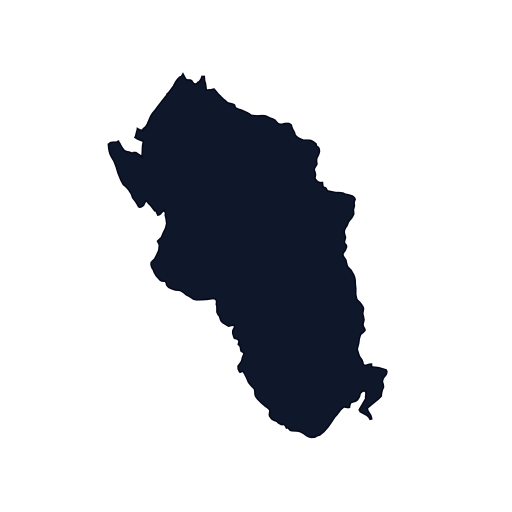 outline of Turnu Ruieni, Caras-Severin, Romania, rotated 32°
{"feature_id": "2599482B88059248818528", "entity_name": "Turnu Ruieni", "entity_type": "district", "adm_level": 2, "iso_a3": "ROU", "parent_name": "Romania", "parent_adm1": "Caras-Severin", "projection": "albers", "projection_center": [22.358, 45.376], "detail": "fine", "context": "isolated", "style": "filled", "palette": "ink", "viewbox_px": 512, "rotation_deg": 32, "n_neighbors": 0, "source": "geoboundaries", "source_scale": "gbopen_adm2", "svg_char_len": 6059}
<svg xmlns="http://www.w3.org/2000/svg" viewBox="0 0 512 512"><g transform="rotate(32 256 256)"><path d="M402.7,376.7L405.0,373.9L406.7,368.9L407.7,362.6L408.0,356.7L408.1,350.9L408.7,347.9L409.3,341.4L410.5,337.4L414.4,335.8L415.0,335.4L415.5,334.8L414.6,332.7L414.1,330.5L414.8,329.3L417.6,326.1L418.3,324.1L418.3,320.6L417.2,317.2L418.0,314.3L418.9,313.3L420.2,312.9L421.6,313.6L422.8,315.6L423.6,317.6L424.6,318.7L425.0,331.7L427.0,332.9L434.4,332.4L437.1,332.9L439.3,334.1L440.5,332.8L438.1,330.5L433.0,328.0L431.0,326.1L433.2,319.4L435.5,312.7L436.5,308.4L435.4,306.3L434.6,304.2L434.0,302.0L433.7,299.7L432.9,298.6L432.0,297.6L431.0,296.6L429.8,295.8L428.7,292.3L429.2,287.3L428.4,284.8L426.8,283.6L420.1,285.4L418.7,285.9L413.3,288.5L412.3,288.1L411.3,286.4L410.3,287.0L409.4,287.8L407.0,290.6L405.7,291.3L404.1,290.8L402.7,289.3L401.1,288.1L400.1,287.6L398.0,286.8L396.4,285.9L391.5,281.7L390.8,280.3L390.1,277.9L389.3,275.5L388.5,273.7L387.6,271.9L386.6,268.4L386.4,266.8L387.3,264.2L387.9,261.5L387.4,260.6L386.0,259.7L384.6,259.0L382.8,257.1L382.2,255.0L381.5,253.0L379.4,250.6L377.1,248.4L375.1,243.6L373.0,242.0L369.0,240.4L365.1,239.6L363.8,238.7L361.0,235.8L357.8,230.6L355.5,227.7L353.4,224.6L351.5,222.3L349.2,220.4L344.2,217.7L339.6,216.6L337.7,215.2L334.4,211.8L330.2,209.9L329.4,209.2L328.7,208.4L328.5,207.6L328.5,206.2L328.7,203.7L328.0,200.2L326.8,198.9L325.4,198.6L323.6,197.5L322.1,192.8L318.8,189.8L317.9,188.5L317.3,186.9L317.0,184.8L317.1,183.0L317.0,181.3L316.4,178.5L316.5,176.2L316.9,173.7L317.0,172.7L316.9,170.7L316.7,168.7L315.5,166.9L314.1,165.2L312.9,161.3L311.1,159.1L310.4,157.3L310.1,155.4L308.6,154.4L306.1,154.0L302.3,155.0L298.7,156.3L296.4,156.5L293.0,158.1L289.8,160.0L282.2,162.8L280.9,162.3L279.8,161.6L278.8,161.3L277.3,161.8L275.7,161.3L273.4,158.4L272.4,159.2L271.8,159.6L270.6,160.0L269.3,160.2L267.4,160.0L266.1,159.5L264.7,158.7L263.5,155.6L261.8,153.8L259.8,152.1L259.2,151.1L259.0,145.7L257.1,143.5L256.4,142.2L255.7,140.9L255.6,139.1L255.4,137.3L255.0,135.5L254.5,133.8L253.0,131.8L251.4,130.8L249.6,130.8L249.4,130.8L248.4,130.1L247.6,129.1L245.1,128.8L243.5,128.7L241.0,129.0L237.9,130.7L234.8,132.7L229.6,133.4L227.1,133.2L225.9,132.9L225.2,132.6L224.5,132.2L223.4,131.0L219.4,128.7L217.9,127.5L216.5,126.2L215.7,126.1L214.9,126.1L213.6,126.2L212.7,126.7L210.8,127.9L209.8,128.8L208.9,129.7L208.1,130.7L205.9,131.8L203.9,131.9L200.0,130.7L197.5,130.9L195.0,131.5L189.9,132.1L187.2,133.4L182.7,136.6L177.2,139.3L175.4,139.0L172.8,139.1L166.0,140.0L163.3,140.8L160.5,141.2L159.4,140.7L157.7,139.3L156.0,139.4L150.7,141.1L147.1,140.4L146.3,140.4L144.9,140.2L143.4,139.8L142.4,139.7L141.2,139.3L139.4,138.9L138.6,138.9L137.2,138.3L131.9,136.6L129.3,139.3L128.5,139.7L126.1,141.6L125.0,140.5L123.8,138.9L121.1,135.8L119.9,135.0L117.0,131.1L115.0,132.3L115.5,134.3L115.6,136.4L115.5,137.6L115.0,139.5L114.6,139.6L114.6,139.8L114.8,140.2L114.4,140.9L113.6,142.6L113.4,142.4L111.7,142.8L108.5,141.4L106.9,141.6L104.8,142.9L103.3,143.3L102.3,143.0L97.5,140.2L97.6,141.6L97.6,143.3L97.4,143.6L96.5,144.7L96.4,145.1L95.9,147.0L95.9,147.6L95.7,148.5L95.6,151.3L95.8,153.2L95.8,154.6L95.9,154.8L96.1,154.9L96.0,156.1L95.8,157.6L95.7,159.8L95.5,161.8L95.2,164.7L95.2,165.0L94.8,165.1L94.7,165.3L95.0,166.9L95.0,168.1L94.8,168.6L94.5,171.9L94.3,173.0L94.0,176.5L93.4,182.4L93.3,184.6L93.1,186.0L92.9,187.8L92.7,188.8L92.6,189.6L92.6,193.7L92.8,193.8L93.0,196.2L93.4,198.2L93.6,200.1L94.1,202.1L93.8,202.8L93.9,203.0L94.1,203.6L93.9,204.4L93.8,205.2L93.6,205.8L93.2,207.2L92.9,207.6L93.0,208.4L93.2,209.5L92.7,209.8L90.9,210.5L89.0,210.7L87.8,210.7L88.1,211.3L88.7,212.9L89.3,215.0L90.1,217.4L90.4,218.4L90.5,219.6L93.3,219.6L96.6,219.1L99.7,218.4L101.4,222.8L104.5,228.2L106.8,232.4L106.2,232.2L105.8,232.1L99.4,231.9L99.0,232.1L97.4,233.0L97.1,233.3L97.1,233.9L96.9,234.4L96.6,234.3L93.1,235.1L92.6,235.3L91.9,235.7L89.4,236.3L87.9,236.2L87.2,235.9L84.5,234.8L82.1,233.5L81.6,233.1L79.0,231.9L78.5,231.4L78.3,231.6L77.4,233.4L77.1,233.6L75.2,234.7L73.2,236.3L72.4,237.0L72.4,237.4L72.2,237.6L72.0,238.5L71.5,239.4L73.0,241.4L74.6,243.4L76.3,245.2L78.2,246.9L81.3,248.8L85.4,250.9L90.3,254.6L94.9,258.7L101.6,263.5L105.7,265.8L107.6,266.0L109.4,266.3L111.2,266.8L113.0,267.4L117.5,269.5L120.0,271.6L121.3,272.3L123.6,273.1L125.9,274.1L128.1,275.2L130.2,276.4L131.4,276.4L132.7,275.2L133.8,272.7L133.3,268.3L134.0,267.3L137.1,268.4L140.2,269.1L146.2,271.4L146.7,270.6L147.7,271.1L151.1,273.4L152.3,272.0L152.8,270.6L152.8,269.2L154.0,266.0L156.5,267.5L157.3,269.4L160.0,272.1L163.1,275.9L164.6,280.6L165.1,285.6L165.9,290.3L165.8,291.2L165.7,291.1L164.6,295.6L167.7,297.5L168.3,298.2L170.5,302.6L171.2,307.5L171.6,312.3L171.0,314.6L170.5,316.9L170.8,317.7L171.6,319.0L172.1,319.5L173.3,320.6L174.9,321.6L176.0,322.0L178.3,323.8L181.6,325.6L187.5,327.3L189.3,327.2L192.4,325.6L193.9,326.2L195.5,327.9L197.1,328.5L198.7,328.9L202.2,328.4L205.6,327.6L208.8,325.9L211.0,325.3L214.3,325.4L217.3,325.9L221.0,325.6L226.1,325.7L229.0,324.6L234.8,320.7L237.8,318.5L241.8,315.1L243.8,314.1L246.0,314.6L247.1,316.2L247.9,318.0L249.5,319.4L252.6,324.3L254.9,325.8L256.8,326.4L260.0,329.1L261.4,329.8L263.5,330.2L270.0,330.1L271.7,328.2L273.7,326.6L275.1,326.8L275.5,328.3L275.8,331.4L277.1,333.8L280.6,336.9L281.5,337.2L284.3,336.3L286.4,336.9L287.0,338.0L287.8,340.4L289.9,340.8L290.8,341.4L293.6,344.5L296.5,344.6L297.6,345.1L298.3,349.6L299.0,351.2L299.4,353.0L299.5,354.2L299.1,358.9L300.4,360.8L301.0,361.5L301.4,361.7L302.4,362.4L304.0,363.1L304.7,362.4L304.9,361.9L305.0,361.4L306.0,360.8L308.7,361.9L312.7,364.4L316.7,367.2L320.8,368.6L325.1,369.6L326.9,371.6L328.4,373.8L330.0,375.2L332.8,376.4L338.3,377.7L343.6,378.5L346.3,378.6L348.9,379.1L350.1,380.5L351.2,383.3L352.2,384.5L355.6,385.9L357.8,385.9L361.5,385.2L363.3,385.7L364.3,385.7L366.5,385.6L367.5,385.2L368.4,384.5L368.8,384.0L370.5,384.3L373.0,385.8L374.1,384.8L377.3,385.7L378.6,385.4L384.5,382.2L387.1,381.5L390.5,381.3L394.2,381.6L396.8,381.3L398.1,380.9L399.3,380.4L402.1,378.3L402.7,376.7Z" fill="#0f172a" stroke="#020617" stroke-width="1.5"/></g></svg>